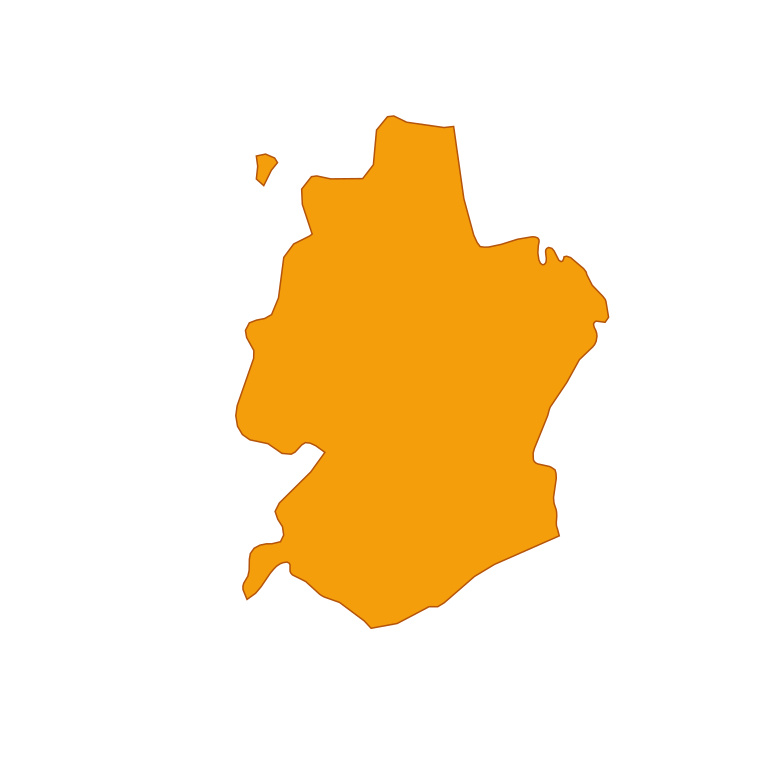 the Province of Matera, rotated 32°
{"feature_id": "ITA-5389", "entity_name": "Matera", "entity_type": "Province", "adm_level": 1, "iso_a3": "ITA", "parent_name": "Italy", "parent_adm1": "", "projection": "albers", "projection_center": [16.459, 40.447], "detail": "fine", "context": "isolated", "style": "filled", "palette": "amber", "viewbox_px": 768, "rotation_deg": 32, "n_neighbors": 0, "source": "natural_earth", "source_scale": "10m", "svg_char_len": 2319}
<svg xmlns="http://www.w3.org/2000/svg" viewBox="0 0 768 768"><g transform="rotate(32 384 384)"><path d="M613.1,419.9L573.3,478.4L562.7,499.3L551.0,537.6L547.6,544.4L540.2,549.0L522.1,580.1L502.5,598.0L493.0,595.4L462.0,592.8L446.2,596.3L443.6,596.5L440.9,596.4L422.3,593.0L407.6,594.4L405.4,593.8L403.7,592.7L402.4,590.9L400.2,587.2L398.5,586.2L396.1,586.4L393.2,588.9L391.4,591.2L390.2,593.7L389.3,595.9L388.5,599.8L387.8,604.9L387.2,621.0L386.0,629.5L382.0,639.3L373.4,633.1L371.5,630.2L370.6,627.2L370.4,619.1L368.4,613.5L362.6,603.8L360.5,598.6L360.9,592.1L364.2,586.4L368.9,581.9L373.5,579.0L379.8,572.6L379.0,565.3L373.5,558.8L365.6,555.0L359.2,549.8L358.3,540.4L368.5,497.3L370.1,473.3L358.9,472.5L352.6,473.3L348.4,475.4L346.5,479.2L344.7,488.8L342.5,492.7L334.3,496.9L317.2,496.1L299.9,502.4L290.7,501.9L282.2,497.5L275.1,489.4L271.0,480.3L259.9,431.4L255.9,424.6L242.9,417.4L238.1,412.0L237.4,403.5L242.0,397.4L248.1,391.7L251.9,384.7L248.9,366.9L231.9,329.7L233.2,313.1L242.5,297.9L243.6,294.9L219.6,275.0L210.9,262.4L212.6,246.6L216.7,243.2L230.1,238.3L257.1,221.1L258.8,203.7L243.1,172.6L245.3,155.5L250.3,151.5L264.5,150.0L299.0,134.7L306.6,128.7L353.5,184.5L381.1,210.1L388.1,214.7L392.8,216.5L396.7,214.7L400.3,212.3L409.4,203.5L420.5,190.5L431.3,180.9L432.7,180.0L434.4,179.2L437.0,178.7L438.9,179.5L440.1,181.1L441.6,185.0L445.0,191.3L449.6,196.7L452.7,198.7L455.2,198.9L456.6,197.6L456.9,195.4L456.2,193.5L455.2,191.6L451.2,186.6L450.2,184.8L450.2,182.9L451.2,181.0L454.5,180.0L457.7,181.0L466.7,186.4L469.3,186.4L470.3,185.0L470.0,182.8L469.3,180.7L471.1,178.9L475.3,177.9L492.2,180.4L496.1,181.9L498.1,183.8L508.2,189.9L523.5,193.8L526.9,195.1L528.6,196.5L539.1,208.4L538.8,214.5L530.5,218.3L529.7,220.3L529.9,222.1L531.3,223.7L533.1,225.1L535.1,226.3L537.3,228.1L539.3,230.6L541.3,235.4L541.7,238.8L541.4,241.7L536.8,259.8L538.2,285.9L537.2,315.3L537.6,317.7L539.6,324.2L545.7,359.0L547.1,363.6L550.6,368.8L552.2,370.0L554.4,370.5L556.7,370.3L567.9,366.3L570.0,366.0L574.6,366.2L577.3,368.7L580.1,372.7L587.9,390.4L590.5,393.9L591.8,395.4L596.9,399.6L598.7,401.8L600.7,404.8L603.6,410.3L605.5,413.0L608.8,415.8L613.1,419.9ZM171.5,250.3L176.4,252.7L175.2,262.4L176.9,279.5L167.1,277.8L161.6,266.4L154.9,258.3L161.7,251.8L171.5,250.3Z" fill="#f59e0b" stroke="#b45309" stroke-width="1.5"/></g></svg>